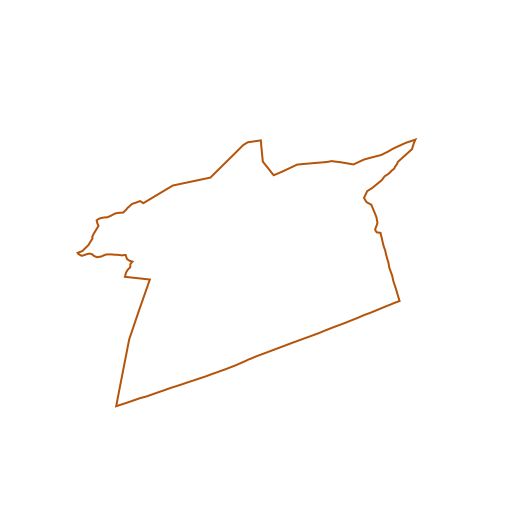 the district of Bejucal de Ocampo, Chiapas, Mexico, rotated 240°
{"feature_id": "50627088B40771166134628", "entity_name": "Bejucal de Ocampo", "entity_type": "district", "adm_level": 2, "iso_a3": "MEX", "parent_name": "Mexico", "parent_adm1": "Chiapas", "projection": "equal_earth", "projection_center": [-92.152, 15.488], "detail": "fine", "context": "isolated", "style": "outline", "palette": "amber", "viewbox_px": 512, "rotation_deg": 240, "n_neighbors": 0, "source": "geoboundaries", "source_scale": "gbopen_adm2", "svg_char_len": 3280}
<svg xmlns="http://www.w3.org/2000/svg" viewBox="0 0 512 512"><g transform="rotate(240 256 256)"><path d="M277.1,452.2L277.2,451.5L278.7,444.4L279.1,442.2L279.5,438.5L280.1,432.0L280.4,428.9L280.4,424.6L280.4,422.4L280.7,418.4L280.8,415.3L281.9,411.3L284.0,403.7L285.4,398.4L285.7,396.0L286.3,389.1L286.6,386.1L290.5,381.5L294.1,377.1L294.8,376.3L298.4,371.5L300.4,368.9L301.2,366.5L301.9,364.6L303.5,361.1L306.4,355.0L309.2,349.0L311.9,343.2L314.6,337.3L315.1,331.2L315.6,325.1L316.0,320.5L317.1,311.7L320.1,311.2L326.5,310.3L332.4,309.4L334.3,309.1L340.1,311.7L344.9,313.9L349.3,315.9L349.9,316.2L353.7,318.0L355.5,313.5L356.8,310.2L357.4,308.7L358.6,305.7L358.5,300.8L358.2,299.4L356.0,291.2L355.2,288.3L354.3,284.7L352.6,278.2L351.8,275.1L346.7,255.8L358.6,219.3L358.6,215.8L358.1,184.8L359.6,184.1L360.9,183.4L361.5,183.1L362.2,179.1L362.4,177.7L362.8,176.5L363.0,174.1L362.4,171.4L362.3,171.1L361.8,168.5L361.4,167.6L360.9,166.4L360.4,164.1L360.3,163.9L360.0,162.6L361.4,160.0L361.7,159.5L361.8,159.1L362.6,157.2L363.2,155.5L363.3,154.0L363.4,152.3L363.4,150.9L363.4,150.5L363.8,147.3L364.0,146.0L364.5,145.3L364.9,144.8L365.5,143.1L366.4,140.8L366.5,140.2L366.8,137.9L366.5,135.8L364.7,135.3L363.5,134.9L362.3,134.9L360.8,134.6L357.3,128.2L356.4,126.5L354.4,123.7L353.3,123.4L353.1,123.3L352.9,123.1L350.8,119.1L349.3,116.5L347.1,108.1L347.3,106.8L347.9,103.1L346.5,103.2L343.3,105.2L342.7,107.5L342.2,110.3L341.3,113.1L339.3,115.0L337.8,115.4L336.3,116.2L334.3,117.9L333.7,120.0L333.0,121.2L332.7,124.2L332.2,127.1L330.0,131.1L328.0,133.9L326.4,136.5L325.1,138.2L323.4,140.5L322.6,142.8L322.0,143.6L320.6,143.3L318.9,142.9L317.6,142.9L316.3,143.5L315.1,144.1L312.9,146.2L312.4,144.6L311.7,143.0L310.0,142.1L309.1,141.2L308.1,137.7L307.0,135.8L305.7,134.1L304.2,132.9L303.5,132.1L288.7,152.3L268.6,128.9L247.2,104.5L209.9,72.0L195.8,59.8L193.3,71.9L190.9,84.4L189.1,91.0L187.6,99.2L184.3,116.7L184.3,116.9L183.2,121.5L182.2,126.2L180.5,134.8L177.5,149.3L177.1,151.0L175.7,159.3L173.0,174.1L171.5,183.8L170.5,193.1L170.4,193.3L170.1,197.9L169.6,200.6L169.6,200.8L169.0,205.8L168.8,207.0L162.6,244.5L157.8,271.9L156.9,278.9L156.8,279.3L156.0,284.8L156.0,285.0L155.0,290.9L154.0,296.8L153.4,300.5L152.8,304.9L151.5,313.7L151.0,318.4L150.5,322.0L149.7,326.2L148.0,339.2L147.2,345.0L146.7,348.0L146.3,351.7L145.2,357.8L153.7,359.8L154.8,360.1L156.6,360.5L159.6,361.2L160.3,361.3L165.1,362.3L167.9,363.1L169.9,363.8L170.8,364.1L173.2,364.5L174.3,364.7L178.7,365.5L179.6,365.7L182.5,366.8L184.3,367.4L186.8,368.0L188.6,368.4L190.7,369.0L192.7,369.5L192.9,369.6L196.4,370.7L200.4,371.4L207.3,373.4L208.2,373.8L211.0,374.5L213.8,375.4L216.1,372.4L217.1,372.3L219.2,372.3L220.5,373.7L221.1,374.4L222.4,376.1L224.2,377.9L226.9,378.8L229.4,379.7L230.9,379.9L232.6,380.2L235.0,380.5L236.9,380.7L238.6,381.0L238.8,381.0L240.5,381.2L242.7,381.5L243.9,380.8L245.8,379.6L247.3,378.7L249.8,378.6L251.8,378.6L252.3,378.6L253.1,379.7L254.4,381.7L254.6,381.9L256.0,383.9L256.6,384.8L256.8,390.6L257.7,396.3L257.8,396.8L258.5,401.1L258.9,403.0L259.9,405.3L260.7,407.2L260.9,411.2L261.4,414.2L262.0,415.7L262.3,417.6L262.6,419.5L263.8,421.1L264.6,423.0L265.5,424.6L266.6,426.0L270.5,444.4L272.0,446.1L274.8,449.1L275.9,450.6L277.1,452.2Z" fill="none" stroke="#b45309" stroke-width="2"/></g></svg>